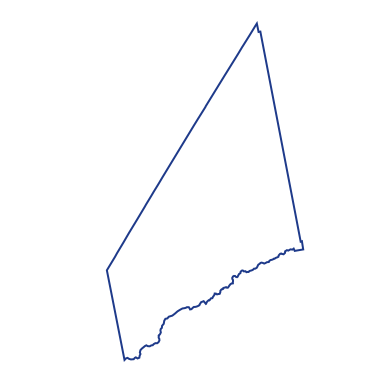 outline of Inyo, California, United States of America, rotated 259°
{"feature_id": "52423323B89293656609241", "entity_name": "Inyo", "entity_type": "district", "adm_level": 2, "iso_a3": "USA", "parent_name": "United States of America", "parent_adm1": "California", "projection": "robinson", "projection_center": [-118.035, 36.626], "detail": "fine", "context": "isolated", "style": "outline", "palette": "blue", "viewbox_px": 384, "rotation_deg": 259, "n_neighbors": 0, "source": "geoboundaries", "source_scale": "gbopen_adm2", "svg_char_len": 2578}
<svg xmlns="http://www.w3.org/2000/svg" viewBox="0 0 384 384"><g transform="rotate(259 192 192)"><path d="M345.0,287.8L342.9,285.8L340.9,284.0L334.9,278.5L325.5,269.7L324.8,269.0L320.9,265.5L318.9,263.7L301.1,247.2L300.8,246.9L285.7,233.0L273.4,221.7L273.0,221.5L262.4,211.6L261.2,210.5L257.2,206.8L212.3,166.0L205.9,160.3L199.5,154.4L196.2,151.5L188.5,144.5L186.5,142.8L175.8,133.2L163.7,122.2L159.7,118.7L155.8,115.3L146.1,106.6L143.1,104.1L131.4,93.5L40.0,93.7L40.4,94.3L41.2,95.2L41.5,97.0L40.2,98.4L39.3,100.1L39.0,102.8L40.1,104.3L40.4,105.3L39.0,106.8L39.4,108.7L41.3,109.4L42.8,110.5L44.4,110.2L46.6,111.2L47.8,112.8L48.7,114.5L49.7,116.3L50.2,117.9L49.1,119.2L48.6,121.1L49.2,122.8L49.1,124.2L50.0,125.4L50.6,127.2L50.2,128.9L50.9,130.4L52.5,131.7L54.1,131.9L55.2,131.5L56.1,131.6L57.0,132.0L57.4,131.9L57.9,132.4L58.0,132.8L58.8,133.7L60.1,134.6L62.2,134.6L63.5,135.2L64.4,136.5L66.4,137.1L68.0,139.1L70.9,140.2L72.6,141.7L72.6,143.7L74.0,145.4L74.2,147.2L74.4,149.1L75.9,152.1L77.6,155.0L78.7,157.9L79.5,160.4L79.4,162.5L79.5,163.8L79.9,165.1L79.5,166.9L78.0,167.5L77.1,167.7L77.1,169.1L77.8,170.1L78.5,171.2L78.8,171.9L78.6,172.9L78.6,174.1L78.8,175.6L79.2,177.0L79.5,177.7L79.9,177.8L80.1,178.0L82.1,179.9L82.6,182.6L79.5,184.3L79.6,184.5L80.9,185.3L81.9,186.5L82.6,187.8L82.3,188.2L82.7,189.0L83.2,189.4L84.0,190.4L83.9,191.7L85.1,192.6L86.1,193.7L87.2,194.6L88.0,194.9L87.7,196.1L87.0,196.4L86.7,197.5L86.9,198.3L86.7,198.9L86.8,199.8L88.3,200.7L89.6,201.0L90.6,202.1L90.9,202.8L90.7,203.4L91.0,204.1L91.6,204.2L91.9,205.2L91.9,206.3L92.1,207.3L91.3,208.1L91.3,209.1L92.2,210.0L93.2,211.0L94.2,212.2L94.7,213.6L94.5,214.2L94.5,214.7L95.3,214.8L96.8,215.3L98.1,215.4L98.9,215.0L100.0,215.1L100.4,215.5L101.2,216.0L101.6,217.2L101.3,218.3L100.4,218.8L99.8,219.9L100.1,220.6L101.3,221.5L102.5,222.5L103.1,224.0L104.4,224.5L105.2,225.6L105.4,226.3L105.0,227.2L104.2,227.7L104.0,229.4L102.9,230.1L102.9,231.4L102.7,232.3L103.5,233.4L103.7,235.8L104.1,237.1L104.9,238.3L104.7,239.4L105.2,241.0L106.1,241.8L107.1,242.5L108.0,243.2L108.6,244.7L109.3,245.7L109.4,246.8L108.8,248.1L108.0,249.2L108.2,250.4L108.8,252.2L108.6,254.0L109.6,254.8L110.2,256.1L110.2,257.4L110.5,258.9L110.9,259.6L110.7,260.3L111.3,261.4L111.4,262.0L111.6,263.2L111.9,264.4L113.2,265.0L114.5,266.7L114.6,267.8L114.4,268.1L114.2,268.1L113.4,270.0L114.5,271.7L116.0,272.1L116.8,274.1L116.1,275.3L116.9,277.7L116.3,279.6L117.0,281.0L114.6,281.6L114.4,290.2L122.7,290.5L122.5,289.2L151.0,289.3L247.0,289.5L336.4,289.7L336.4,287.9L345.0,287.8Z" fill="none" stroke="#1e3a8a" stroke-width="2"/></g></svg>